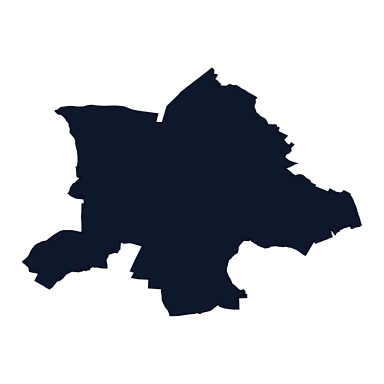 Cehu Silvaniei, Salaj, Romania
{"feature_id": "2599482B99939259002313", "entity_name": "Cehu Silvaniei", "entity_type": "district", "adm_level": 2, "iso_a3": "ROU", "parent_name": "Romania", "parent_adm1": "Salaj", "projection": "equal_earth", "projection_center": [23.166, 47.411], "detail": "fine", "context": "isolated", "style": "filled", "palette": "ink", "viewbox_px": 384, "rotation_deg": 0, "n_neighbors": 0, "source": "geoboundaries", "source_scale": "gbopen_adm2", "svg_char_len": 5911}
<svg xmlns="http://www.w3.org/2000/svg" viewBox="0 0 384 384"><path d="M305.4,255.1L313.1,242.1L313.9,240.5L315.8,243.0L328.0,238.2L328.9,237.8L329.4,237.3L331.9,236.7L331.8,235.8L330.9,234.6L330.8,233.8L330.9,233.3L330.8,232.7L330.1,231.6L330.0,230.8L330.2,230.3L330.1,229.8L332.8,231.0L333.1,231.4L334.9,234.4L335.1,234.5L335.7,233.3L336.1,232.9L336.6,232.1L337.5,231.6L339.0,231.0L338.8,229.9L342.7,228.3L343.4,227.6L346.4,227.0L348.1,226.3L349.1,226.2L350.6,225.4L351.3,228.2L352.2,228.2L352.9,228.0L354.5,227.1L356.0,226.6L356.8,226.6L359.5,226.2L359.6,225.8L360.6,225.4L360.9,225.1L361.0,224.9L360.8,224.0L360.1,222.6L360.0,221.4L358.3,216.1L357.9,215.1L356.6,215.2L356.7,214.5L357.6,213.3L357.4,212.9L356.9,212.9L356.4,209.8L355.7,207.4L353.5,202.3L352.8,200.2L351.2,197.1L350.2,196.0L350.0,194.4L349.6,193.9L347.5,192.8L346.8,192.2L345.7,192.0L343.9,190.8L342.1,192.6L340.7,193.4L338.5,192.7L338.3,192.8L337.9,193.4L337.4,193.5L337.2,192.8L337.0,192.6L334.7,192.4L334.5,192.2L334.9,191.8L334.8,191.5L333.1,191.1L332.2,190.3L330.0,189.2L328.3,192.3L314.6,186.7L315.1,185.1L311.0,183.3L309.6,180.7L309.0,180.2L307.0,179.1L304.8,177.5L303.9,176.4L302.2,175.4L299.0,174.8L295.2,176.1L292.1,174.1L291.3,173.2L287.3,169.9L284.6,168.1L289.8,166.5L294.4,163.9L296.1,163.4L291.8,162.2L289.8,161.3L288.5,160.7L286.0,158.7L284.6,157.9L284.8,156.5L285.2,155.2L286.0,154.2L286.7,153.5L288.7,153.0L290.0,151.5L290.6,151.2L290.9,150.2L290.4,149.7L290.5,148.3L290.3,147.8L292.6,145.7L293.5,144.6L291.4,143.1L289.3,145.8L285.7,143.0L284.6,141.2L282.9,140.3L286.9,135.9L285.1,135.2L277.7,131.4L277.8,130.3L278.4,129.3L278.8,127.9L278.4,127.5L277.0,128.3L276.5,126.5L275.8,125.1L268.1,125.0L265.4,119.7L264.2,118.8L260.2,116.7L258.2,114.7L255.8,112.7L255.3,110.7L253.6,106.6L254.5,103.8L255.1,102.6L254.9,99.9L255.0,99.3L255.2,98.6L256.4,97.8L256.2,97.5L246.5,92.1L245.5,91.2L241.1,88.9L236.5,85.8L233.4,85.9L229.6,84.7L227.1,86.1L225.8,86.5L219.4,86.2L220.1,84.5L220.3,84.3L218.7,83.0L217.3,81.2L214.6,79.4L214.6,78.7L215.5,77.6L217.0,75.1L216.4,74.8L214.9,74.7L213.9,74.2L213.3,73.7L213.3,72.9L213.7,70.4L213.0,69.3L211.8,68.5L207.5,72.1L188.2,86.9L180.8,92.8L180.2,93.8L167.4,106.4L166.8,107.8L162.4,122.8L155.5,122.7L156.7,117.0L157.6,114.0L137.9,111.4L132.8,110.4L130.3,109.6L124.7,107.3L121.6,106.7L116.0,106.3L111.1,106.3L105.2,106.6L101.7,106.5L95.0,106.0L92.0,105.5L88.1,105.8L84.8,106.7L83.7,107.3L82.3,107.3L77.3,107.2L70.3,106.6L61.3,107.6L59.9,108.4L57.2,110.8L56.2,110.5L55.5,110.7L55.5,111.1L56.2,111.4L55.9,111.7L58.2,113.7L58.8,114.0L60.7,114.1L62.7,115.3L65.9,118.5L66.9,120.5L69.0,122.9L69.3,123.5L69.5,126.0L70.5,128.7L70.4,132.6L74.9,137.9L75.7,139.9L76.0,141.7L75.9,143.6L77.0,148.7L77.8,151.2L77.9,153.9L78.3,155.9L78.3,161.4L77.7,167.0L76.4,167.1L76.8,169.9L77.1,175.4L77.4,176.7L80.4,177.4L79.9,177.9L79.6,178.8L77.7,180.8L76.3,181.9L75.6,183.1L75.2,183.4L73.7,183.8L72.8,184.7L70.6,188.2L70.4,189.6L69.2,192.9L68.6,193.2L69.0,193.4L69.9,194.6L71.6,195.8L76.0,197.9L84.1,198.8L84.4,200.6L84.4,204.1L82.2,204.1L82.1,212.1L81.7,217.3L81.9,219.0L82.2,224.7L82.2,231.1L82.1,232.6L79.9,232.5L73.7,231.1L70.8,230.8L63.6,230.8L60.3,231.7L54.4,235.2L53.4,236.0L51.7,237.1L50.8,238.0L49.0,239.2L47.5,240.6L45.4,241.5L42.8,241.8L41.5,242.3L40.0,243.3L38.5,243.8L35.5,245.5L32.0,249.9L30.4,252.8L30.2,253.6L29.2,255.9L28.6,256.4L28.3,257.1L23.8,261.1L23.2,261.1L23.0,262.2L24.5,263.2L27.7,266.0L29.0,267.5L29.2,268.0L29.7,271.2L32.3,271.9L36.2,272.5L38.8,273.5L38.4,274.6L35.3,280.6L44.2,285.5L46.5,287.2L49.5,288.7L52.8,286.1L52.9,285.7L57.1,280.5L58.5,280.6L60.6,279.6L60.8,279.2L61.4,278.7L63.4,277.2L63.6,276.5L64.1,275.9L65.0,275.5L64.9,274.9L65.9,273.8L67.3,273.4L68.0,272.9L69.6,272.3L70.5,271.5L71.6,271.1L72.8,271.0L74.6,271.4L75.9,271.2L77.7,271.6L79.5,271.4L79.8,271.2L82.0,270.8L82.3,270.6L82.7,270.1L83.2,269.9L85.9,270.3L86.6,270.3L87.3,269.4L87.8,269.1L89.1,269.6L89.4,269.4L89.7,268.9L89.0,268.5L88.7,267.5L90.9,267.2L92.4,266.5L93.4,266.4L94.3,267.0L96.2,266.8L97.9,266.8L99.9,267.4L102.0,267.7L104.5,267.7L106.3,268.0L106.7,267.9L106.8,267.2L106.6,264.7L105.9,261.0L105.6,260.5L105.9,259.4L106.5,258.4L106.5,257.4L106.8,257.1L107.3,257.1L107.3,256.8L107.6,256.6L107.6,255.9L108.0,255.0L108.4,254.2L108.7,253.9L111.1,253.4L114.2,252.1L117.1,252.6L118.5,250.2L118.5,249.4L119.6,249.3L120.0,244.7L119.8,243.6L120.9,242.4L121.5,241.5L123.9,243.0L129.6,242.5L131.8,242.8L142.7,245.8L135.6,260.1L130.6,270.9L134.9,272.3L131.9,277.4L138.3,278.5L149.1,279.0L148.7,287.7L162.1,288.6L161.6,290.9L162.3,295.4L162.5,300.0L163.7,302.9L165.8,307.0L167.5,309.0L168.6,310.6L169.8,313.7L170.0,315.1L170.5,315.5L178.8,315.2L189.3,313.6L194.4,313.2L196.9,312.4L197.9,312.6L199.7,313.3L203.0,311.8L205.8,311.3L210.1,310.1L212.4,308.6L214.4,306.8L218.8,303.9L219.4,305.6L220.0,306.2L224.1,307.6L230.2,308.5L233.9,308.9L238.7,308.8L238.5,307.2L238.6,305.0L238.3,297.6L246.5,297.4L246.4,294.7L243.5,294.8L243.5,294.2L244.2,294.2L244.1,293.3L244.8,293.2L244.9,292.0L243.4,290.0L241.8,290.7L240.9,290.9L237.7,289.6L237.1,288.5L235.5,286.8L231.8,284.0L229.8,279.1L228.6,277.3L227.5,275.0L227.1,273.5L226.6,272.8L226.2,271.3L226.0,269.3L226.5,266.7L227.1,265.3L227.3,263.7L227.6,262.5L228.0,261.7L228.0,261.1L228.4,260.0L229.4,258.9L231.0,257.6L232.0,256.2L232.7,255.7L234.2,254.2L236.3,253.0L237.3,252.2L237.5,251.8L237.4,250.9L237.8,249.9L237.9,247.3L238.4,246.1L240.5,243.3L241.5,242.5L242.5,241.1L243.4,240.4L244.6,240.1L246.4,240.4L247.3,240.1L248.2,240.4L249.0,240.3L249.3,240.1L249.5,239.6L250.1,239.4L250.7,239.5L252.0,241.2L253.1,241.4L254.7,243.0L257.7,244.1L257.6,244.7L261.3,246.4L263.3,246.9L264.5,247.6L265.1,247.7L268.2,247.3L268.7,247.2L269.9,246.2L270.9,245.9L275.6,245.4L279.3,246.1L280.6,246.0L282.9,246.4L286.6,245.9L287.2,246.3L288.5,246.7L289.9,246.7L291.0,247.1L292.3,247.2L293.9,248.2L295.8,248.8L298.4,250.3L303.6,254.1L305.4,255.1Z" fill="#0f172a" stroke="#020617" stroke-width="1.5"/></svg>